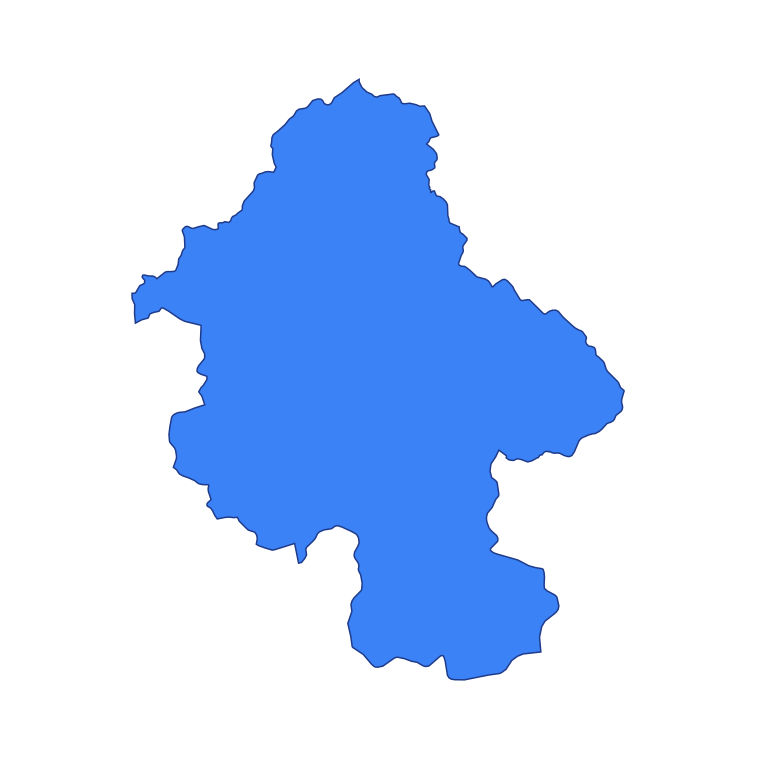 Binh Lieu, Quảng Ninh, Vietnam (Robinson projection), rotated 81°
{"feature_id": "81297802B53696601888295", "entity_name": "Binh Lieu", "entity_type": "district", "adm_level": 2, "iso_a3": "VNM", "parent_name": "Vietnam", "parent_adm1": "Quảng Ninh", "projection": "robinson", "projection_center": [107.427, 21.551], "detail": "fine", "context": "isolated", "style": "filled", "palette": "blue", "viewbox_px": 768, "rotation_deg": 81, "n_neighbors": 0, "source": "geoboundaries", "source_scale": "gbopen_adm2", "svg_char_len": 6141}
<svg xmlns="http://www.w3.org/2000/svg" viewBox="0 0 768 768"><g transform="rotate(81 384 384)"><path d="M673.2,271.0L658.4,270.0L648.3,266.2L643.4,262.1L637.2,251.1L636.1,249.4L633.8,247.2L630.5,246.0L622.3,246.5L621.0,246.8L619.2,248.2L613.8,255.3L610.8,257.6L607.0,257.2L599.9,255.7L595.3,255.4L592.0,255.8L591.1,256.9L589.1,263.0L586.3,269.2L578.8,279.3L569.8,298.6L567.8,302.3L565.1,304.8L563.3,304.6L557.5,296.8L556.6,296.1L554.9,295.8L553.4,295.8L551.3,296.5L545.5,301.2L542.7,302.7L537.5,303.8L534.5,304.0L531.5,303.6L527.7,302.0L522.9,296.5L515.5,291.7L512.5,288.3L510.7,287.8L498.8,287.7L496.8,288.9L493.4,292.2L492.6,292.4L486.7,292.9L480.4,291.1L478.7,290.0L473.7,285.3L467.3,280.9L474.0,274.3L474.5,274.2L476.0,274.9L478.6,272.3L479.8,268.0L478.8,264.7L479.1,262.6L480.0,260.4L483.5,254.1L482.9,249.6L481.0,244.6L480.8,243.1L478.6,241.1L478.7,238.9L476.7,237.0L476.1,235.6L475.9,233.5L476.8,231.9L476.5,231.3L478.3,228.5L479.0,226.6L479.2,223.7L480.0,221.1L482.5,217.7L484.1,214.6L484.7,212.6L484.1,209.7L480.9,206.7L470.7,200.3L468.8,198.1L468.1,196.6L466.4,190.1L465.8,185.7L466.0,183.3L464.6,179.0L462.6,175.7L458.1,170.2L457.4,167.9L457.4,166.4L456.1,163.2L454.6,161.8L451.4,159.9L448.2,154.3L446.7,152.9L445.1,152.2L443.7,151.9L438.7,152.2L435.6,151.3L428.6,148.0L427.9,148.0L424.5,151.0L419.7,152.1L417.8,153.1L406.5,161.3L404.3,162.2L397.7,163.2L395.7,164.1L391.2,167.6L388.7,170.0L382.8,169.9L380.9,170.6L379.2,173.5L378.8,175.6L376.3,177.7L373.6,178.2L369.9,176.8L369.1,176.9L363.8,179.6L362.7,180.5L360.9,183.5L358.7,186.3L355.8,188.9L345.8,196.8L339.6,200.5L338.0,202.6L337.5,206.0L338.0,209.2L340.0,213.2L339.9,214.6L339.4,215.5L323.7,227.1L323.2,228.8L323.2,234.1L323.0,235.2L322.0,236.3L311.3,240.7L308.1,241.5L301.5,245.9L299.7,248.0L299.4,249.4L299.6,251.0L302.7,258.1L305.0,261.2L304.8,262.0L300.3,263.8L298.2,265.1L296.3,267.4L292.8,275.4L284.7,281.7L281.3,285.0L280.3,286.4L279.8,289.1L278.1,291.4L276.7,291.5L269.1,287.6L266.6,285.6L264.7,284.8L261.4,284.8L259.9,284.3L255.0,279.6L253.1,279.2L248.3,282.7L246.9,284.4L245.5,285.1L241.9,285.3L240.7,285.0L235.3,293.7L232.9,294.3L231.1,294.1L227.9,294.6L216.8,293.3L213.9,294.2L210.6,296.4L207.7,299.3L206.7,302.2L205.5,303.1L201.2,304.0L201.1,305.8L202.1,307.4L202.0,307.9L199.3,307.6L198.6,308.4L197.7,308.6L197.0,308.0L194.8,308.7L189.1,307.4L183.4,309.6L181.0,308.3L180.4,307.2L180.0,303.3L178.6,300.3L177.6,299.8L174.1,299.7L173.2,299.3L170.7,296.6L168.9,296.1L164.7,296.1L159.9,298.6L153.6,304.4L151.7,301.9L148.2,299.6L147.6,292.9L146.5,290.9L131.8,295.5L124.2,296.5L115.7,300.5L115.3,305.2L113.1,308.7L110.7,314.7L110.5,319.8L109.7,322.0L109.0,322.7L106.5,323.3L104.0,324.3L101.8,326.7L99.7,328.2L99.0,329.3L98.6,342.6L99.5,346.2L98.6,348.5L95.8,350.8L93.0,355.2L87.7,359.4L82.6,361.0L80.7,361.2L79.2,360.9L81.6,367.0L89.7,380.0L93.5,388.3L98.0,391.6L98.8,392.7L99.5,394.6L99.6,395.6L99.1,397.0L97.7,399.1L94.4,400.3L92.9,401.6L92.2,403.9L92.2,405.9L92.9,410.1L98.0,415.7L98.9,417.2L99.3,418.8L99.3,424.9L100.6,427.7L105.0,431.3L107.6,436.1L112.2,441.0L118.0,449.9L120.0,453.6L120.7,454.6L123.1,456.1L128.3,457.4L131.0,458.5L131.9,458.4L134.1,457.0L139.8,458.4L141.1,458.4L148.7,457.9L153.0,456.6L157.6,459.8L156.1,465.0L155.9,467.8L156.8,471.7L156.9,474.0L157.8,476.1L164.9,480.8L170.1,481.3L172.8,482.8L181.5,493.5L186.0,496.1L188.6,496.4L190.2,497.3L192.1,501.3L193.9,503.8L194.9,507.2L196.3,508.7L198.4,509.6L199.9,511.4L200.0,512.5L198.8,515.7L199.5,518.3L199.1,520.9L199.3,522.4L200.5,523.0L204.3,523.3L204.7,523.6L205.1,524.6L205.1,527.3L204.1,529.7L199.6,536.3L199.3,537.3L199.7,542.8L200.5,548.2L200.1,549.6L197.6,553.3L197.5,555.5L199.6,558.5L200.8,559.3L207.4,558.1L218.1,559.3L220.9,562.1L225.3,564.3L228.2,567.1L233.8,568.7L239.2,571.9L239.7,572.8L239.9,575.0L239.1,580.6L239.3,582.7L244.5,591.9L242.5,593.4L241.2,595.5L240.5,599.5L238.9,603.6L238.7,605.1L240.2,606.1L241.4,605.8L244.3,604.1L246.9,604.8L247.6,606.0L248.4,609.2L249.2,610.3L254.9,614.9L255.3,616.3L255.0,618.7L260.4,619.4L266.6,617.8L275.7,619.4L285.0,620.0L282.7,613.3L282.0,607.2L281.7,606.4L278.7,604.7L278.0,603.7L277.2,599.8L277.0,594.9L274.3,592.2L274.0,591.3L274.7,589.9L278.2,585.5L287.6,575.6L289.9,572.5L291.2,570.4L297.2,556.0L297.7,555.5L312.4,558.5L320.4,558.3L325.9,556.5L329.7,556.9L331.4,557.9L336.9,564.2L339.4,565.9L342.0,566.7L343.3,566.2L344.1,565.4L345.7,563.4L348.5,558.0L349.4,557.7L352.0,558.3L357.0,562.6L358.8,565.1L362.5,568.1L363.3,568.0L366.8,566.1L368.9,565.5L376.5,564.3L378.2,575.2L380.4,584.9L380.0,590.5L380.3,593.2L381.3,596.3L382.9,598.3L384.1,599.1L392.5,602.1L400.3,604.3L406.7,604.8L408.2,604.6L414.3,600.9L416.9,600.2L422.8,600.2L425.4,600.8L433.4,605.1L436.2,602.3L439.9,600.7L441.1,599.8L443.5,596.7L445.8,592.2L449.8,586.1L452.3,583.9L453.6,582.4L455.0,578.9L456.0,573.5L456.4,573.1L457.1,573.0L459.5,574.0L462.5,574.3L471.1,572.9L473.6,576.6L474.8,577.6L476.1,577.8L476.9,577.6L479.6,574.5L482.6,573.1L487.5,571.6L491.2,569.8L490.9,562.5L491.2,557.8L492.4,553.8L492.8,549.6L496.7,548.5L505.2,542.4L507.1,540.8L509.9,535.3L510.5,534.6L513.4,533.4L516.8,533.3L522.3,535.2L524.0,533.2L527.3,527.2L530.6,520.3L530.5,517.4L527.5,497.2L547.6,496.4L547.4,493.5L544.0,489.6L540.6,487.2L535.1,487.1L533.3,486.2L527.7,478.2L525.6,475.9L521.5,473.1L519.9,470.8L518.7,465.8L518.7,458.4L516.7,454.5L516.7,451.9L518.7,447.9L524.3,439.5L527.4,435.5L528.7,434.4L531.0,433.5L533.0,433.2L537.3,433.5L541.1,435.9L544.8,438.9L546.9,439.9L549.3,440.4L551.9,439.8L556.1,437.7L557.9,437.3L560.2,437.3L562.7,438.3L564.3,438.3L569.0,436.9L577.3,436.7L583.2,438.1L584.4,438.8L590.4,446.9L593.1,449.4L596.6,451.1L603.6,451.3L614.8,457.2L628.2,456.3L638.4,456.5L639.5,455.9L647.8,446.8L658.7,440.2L661.4,438.0L662.2,436.8L662.7,434.5L662.5,429.3L656.1,416.2L655.9,413.5L658.4,406.9L662.2,400.1L664.0,394.9L668.1,389.9L669.1,388.3L669.5,387.2L669.6,384.6L669.4,383.5L661.6,371.0L661.2,370.3L661.5,368.6L662.0,367.9L663.2,367.5L667.1,366.9L681.6,366.9L684.4,365.7L686.0,363.8L687.1,360.5L688.8,350.8L687.8,326.6L688.0,315.1L687.3,312.7L684.8,308.0L677.0,301.0L673.8,294.8L672.4,288.9L673.2,271.0Z" fill="#3b82f6" stroke="#1e3a8a" stroke-width="1.5"/></g></svg>